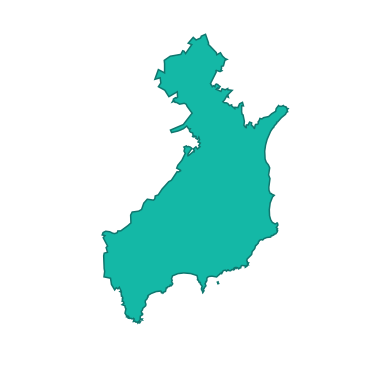 the district of Overberg, Western Cape, South Africa, rotated 302°
{"feature_id": "47623444B61406186088349", "entity_name": "Overberg", "entity_type": "district", "adm_level": 2, "iso_a3": "ZAF", "parent_name": "South Africa", "parent_adm1": "Western Cape", "projection": "orthographic", "projection_center": [19.752, -34.228], "detail": "fine", "context": "isolated", "style": "filled", "palette": "teal", "viewbox_px": 384, "rotation_deg": 302, "n_neighbors": 0, "source": "geoboundaries", "source_scale": "gbopen_adm2", "svg_char_len": 6073}
<svg xmlns="http://www.w3.org/2000/svg" viewBox="0 0 384 384"><g transform="rotate(302 192 192)"><path d="M73.4,162.3L75.7,168.6L70.9,172.7L68.0,178.3L70.7,178.5L70.6,180.5L72.7,180.8L70.4,184.4L69.4,183.7L69.4,185.3L67.8,186.1L66.9,187.3L66.4,187.2L66.1,188.9L65.1,189.7L64.3,189.5L63.6,190.5L62.4,190.5L62.6,192.1L61.6,193.2L59.4,192.4L60.0,195.3L58.4,196.8L58.1,197.8L53.7,199.4L52.4,202.0L52.7,203.3L51.5,202.8L51.8,204.3L51.2,204.8L51.6,205.4L52.3,205.1L51.8,206.2L52.6,207.3L52.5,208.2L53.1,209.1L53.9,209.4L53.6,210.4L51.1,210.9L52.2,212.3L51.9,213.3L52.3,213.6L52.4,214.7L53.4,215.1L53.3,215.8L52.7,215.9L53.4,216.3L53.3,217.0L54.6,217.0L54.0,215.8L55.5,215.4L56.3,216.3L57.0,216.3L56.7,217.0L57.0,217.5L57.1,217.0L57.9,217.1L57.2,215.9L57.4,214.9L59.4,214.0L61.8,215.1L62.3,214.8L61.9,214.4L62.2,213.8L62.8,213.9L63.4,212.6L64.1,212.2L65.8,212.5L67.1,211.9L71.0,213.0L72.4,212.4L73.7,210.8L75.2,210.0L77.4,210.5L79.3,210.1L79.9,210.4L80.2,209.7L80.8,209.5L84.2,211.1L88.5,214.3L91.3,217.8L91.4,218.5L90.4,219.3L90.5,220.0L91.2,220.5L90.9,221.0L92.8,221.4L93.6,222.2L97.2,221.0L97.5,221.7L98.6,221.6L100.2,223.1L101.5,222.9L101.4,224.0L103.3,224.4L104.3,224.0L104.5,223.1L105.6,222.0L106.6,222.0L107.6,220.6L110.6,219.9L115.3,223.3L119.0,227.9L122.2,234.2L123.8,240.5L121.9,242.5L120.5,243.1L120.3,244.1L120.7,243.9L120.7,244.0L119.2,245.9L119.7,246.6L119.5,247.2L118.8,247.5L118.8,247.0L117.4,250.6L115.2,251.1L114.1,251.9L113.9,252.8L112.8,254.0L113.4,253.9L113.5,254.3L113.1,254.4L113.0,254.5L114.6,254.5L115.9,252.9L116.9,253.4L117.9,253.1L119.0,253.6L120.0,253.4L121.1,251.7L123.7,251.6L123.7,251.3L124.6,251.6L126.7,250.3L128.0,250.4L129.3,251.1L131.2,253.5L133.0,257.9L135.8,258.6L136.3,259.0L136.2,259.4L136.5,259.0L137.8,259.1L138.2,259.9L138.9,259.7L138.6,260.4L139.1,260.0L138.9,260.4L141.9,260.2L143.4,261.7L143.1,263.1L144.5,263.4L144.4,263.9L145.1,264.2L144.9,265.0L145.7,266.5L147.2,266.8L147.7,267.7L148.9,267.9L148.1,268.6L148.6,269.0L150.3,269.1L150.4,268.4L150.9,268.6L151.3,269.5L151.0,270.0L151.7,270.0L151.9,270.6L151.5,271.9L152.5,271.8L151.9,272.2L152.0,272.5L152.8,272.6L153.4,273.5L155.3,272.9L156.1,273.2L157.3,275.5L157.2,276.6L156.4,277.1L156.9,277.4L157.9,277.1L157.8,277.5L158.5,278.0L159.1,277.9L158.8,277.7L159.1,277.5L160.2,277.7L159.8,277.9L160.0,278.3L160.3,277.8L161.9,277.5L161.2,276.5L162.5,275.7L162.7,274.8L164.4,274.3L170.6,275.7L173.3,274.6L177.2,275.2L180.4,274.3L180.7,274.7L183.8,275.3L184.7,274.8L185.5,275.1L186.6,274.8L188.3,275.9L188.8,277.4L190.5,277.7L193.0,279.5L195.5,282.6L197.1,282.4L197.6,283.4L198.7,283.8L198.2,284.3L199.4,283.9L201.0,285.2L203.5,285.4L204.6,285.0L204.3,284.6L204.9,283.9L206.2,284.0L206.6,282.3L209.5,282.4L210.8,281.1L210.9,280.5L209.4,279.9L208.9,279.0L208.8,276.2L210.1,273.5L212.9,270.4L218.0,266.9L224.1,264.1L230.4,262.9L232.8,263.5L232.6,261.7L232.3,261.5L232.7,260.1L232.4,259.8L232.4,258.9L234.2,256.4L236.8,254.6L244.7,251.0L247.0,247.9L253.6,245.1L255.4,242.5L256.6,239.2L258.7,236.5L265.2,232.0L270.8,229.5L276.4,227.8L285.1,226.5L289.1,226.6L289.9,227.1L291.5,226.7L295.2,227.4L296.0,226.8L296.8,227.5L302.4,228.4L307.4,230.1L309.7,229.9L310.8,230.6L311.9,229.1L313.6,229.3L313.1,228.2L313.9,227.1L313.6,226.7L313.9,226.5L313.4,224.1L313.7,223.6L312.0,222.5L311.0,220.4L311.2,219.6L307.4,219.2L304.7,220.2L300.6,218.1L296.6,217.0L293.0,213.3L291.0,212.5L290.4,210.6L288.2,211.1L286.5,210.9L285.5,211.8L284.8,211.9L284.0,211.6L283.2,210.3L282.3,210.1L279.1,211.3L279.0,210.7L280.0,208.7L280.0,207.1L282.3,205.9L281.8,203.8L278.4,204.0L278.1,203.0L277.3,202.5L275.4,203.9L275.1,203.2L276.0,200.7L279.5,199.1L284.4,194.5L284.6,193.2L286.3,191.6L291.5,188.4L292.3,190.0L294.8,187.3L292.0,185.6L287.9,186.2L286.6,183.5L285.4,184.1L286.0,180.1L286.9,179.4L285.1,177.9L286.0,175.5L285.8,173.9L284.8,172.1L284.9,170.3L287.5,170.8L290.9,170.6L291.4,170.8L291.6,172.7L293.1,171.1L293.0,170.7L299.5,172.2L297.7,168.2L298.7,167.5L296.3,166.0L295.5,162.8L292.6,163.2L291.9,158.1L294.0,158.7L293.9,159.7L294.3,159.9L296.4,159.9L296.3,158.2L296.8,157.0L296.4,155.3L295.1,155.0L293.4,155.6L293.6,154.1L292.0,153.4L293.0,152.1L293.0,151.1L293.6,150.8L293.7,150.2L306.4,149.0L307.7,148.0L308.0,148.1L309.0,152.0L310.8,153.1L310.9,151.8L312.4,151.6L314.2,150.4L315.6,151.8L321.1,150.1L323.0,151.4L322.7,149.3L323.4,145.8L325.2,142.3L321.5,140.3L323.1,138.7L325.9,127.5L327.0,127.2L332.9,119.9L329.1,117.3L327.2,117.7L323.1,114.9L323.8,111.1L316.2,109.9L316.9,113.7L306.0,113.2L307.2,110.7L306.9,109.3L302.8,109.6L295.6,101.6L288.9,98.7L286.2,100.8L278.5,105.6L278.0,98.6L267.9,100.8L272.0,104.5L267.9,107.8L263.5,107.7L263.9,115.0L260.6,121.9L269.2,126.4L264.8,129.5L263.2,128.8L263.2,128.0L260.9,127.0L260.1,127.5L257.9,127.6L259.8,129.0L259.0,130.0L259.8,131.7L259.9,134.9L263.1,138.4L263.3,139.8L263.3,140.7L262.1,142.4L258.9,150.3L244.6,148.9L233.1,140.9L231.6,143.2L236.2,147.7L239.4,150.1L239.0,149.6L241.1,151.2L245.1,152.6L243.8,155.8L244.6,157.0L243.2,157.0L242.4,157.6L242.0,158.9L242.4,161.3L240.3,163.2L239.3,162.9L238.8,162.8L239.4,163.1L239.7,164.6L240.7,164.5L241.3,166.0L239.6,166.8L239.6,168.9L242.1,168.7L240.3,170.8L237.6,170.6L237.9,173.1L234.9,173.1L234.6,174.8L231.4,173.8L232.4,171.4L229.0,170.3L228.3,172.2L227.0,172.4L227.0,171.7L221.0,169.8L220.6,169.3L222.1,168.5L228.9,168.8L229.2,166.8L228.7,164.8L227.7,163.8L228.1,162.8L225.8,161.3L225.1,162.8L222.5,163.5L221.2,165.8L213.4,166.6L207.2,165.8L204.1,166.4L204.4,170.7L204.0,171.1L201.7,169.8L201.3,168.6L191.0,168.3L188.4,166.8L178.8,165.1L171.7,164.9L169.1,162.9L166.5,164.1L164.7,163.7L162.2,157.9L157.0,157.0L150.5,158.5L147.5,156.9L143.3,151.9L139.9,152.2L133.4,156.6L129.6,155.5L121.3,152.2L119.6,149.7L118.0,150.2L116.6,149.2L115.8,148.5L115.0,146.6L114.7,143.3L113.0,139.6L110.5,138.1L108.0,138.6L108.9,141.3L106.2,140.9L101.4,149.1L99.4,148.6L96.1,152.3L93.6,150.0L91.1,150.9L80.5,158.1L78.4,160.0L73.4,162.3ZM129.0,261.3L128.9,261.7L128.0,262.4L128.4,262.7L129.6,261.7L129.0,261.3ZM128.9,262.7L128.5,263.0L127.9,262.9L128.5,263.2L128.9,262.7Z" fill="#14b8a6" stroke="#0f766e" stroke-width="1.5"/></g></svg>